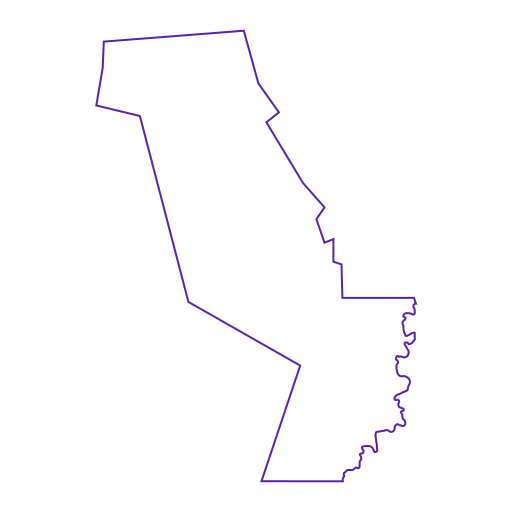 Ulang, Upper Nile, South Sudan (Albers equal-area conic projection)
{"feature_id": "79223893B95619836669451", "entity_name": "Ulang", "entity_type": "district", "adm_level": 2, "iso_a3": "SSD", "parent_name": "South Sudan", "parent_adm1": "Upper Nile", "projection": "albers", "projection_center": [33.135, 8.552], "detail": "fine", "context": "isolated", "style": "outline", "palette": "violet", "viewbox_px": 512, "rotation_deg": 0, "n_neighbors": 0, "source": "geoboundaries", "source_scale": "gbopen_adm2", "svg_char_len": 3302}
<svg xmlns="http://www.w3.org/2000/svg" viewBox="0 0 512 512"><path d="M342.8,481.3L342.7,481.0L342.7,479.0L343.1,477.8L344.1,476.5L344.2,475.8L343.8,474.8L343.7,473.7L344.2,472.7L345.6,471.9L346.4,470.6L347.6,470.1L348.7,470.0L350.8,470.0L352.2,470.0L353.8,469.3L354.9,468.1L355.6,467.6L356.5,467.6L357.0,468.0L358.0,468.2L358.8,468.1L359.4,467.4L359.6,466.1L359.6,465.0L359.7,462.9L359.7,461.8L360.1,460.9L360.6,460.1L361.3,459.3L361.2,458.5L361.0,456.5L360.0,455.0L360.0,454.1L360.6,453.6L361.7,453.4L362.7,453.4L363.2,452.4L363.6,451.2L363.1,449.8L362.3,449.0L362.0,448.1L361.9,447.4L362.3,446.8L363.2,446.4L364.6,446.1L367.0,446.0L369.9,446.2L371.5,446.9L372.7,448.4L373.8,450.6L374.7,452.0L375.7,452.0L376.5,451.6L377.3,450.3L377.2,449.2L376.9,448.0L376.9,445.8L376.7,443.6L376.2,441.6L376.0,439.2L375.7,437.3L375.4,434.7L375.9,433.2L376.0,432.4L377.4,431.7L378.9,431.6L380.8,431.3L382.3,431.0L384.6,430.7L385.5,430.1L387.7,430.2L389.3,431.2L390.6,431.9L391.9,431.8L393.1,431.4L393.7,430.8L394.3,429.8L394.8,428.0L394.7,426.7L395.4,425.7L396.1,424.7L397.4,424.2L398.4,424.6L400.6,425.3L401.9,426.1L403.2,426.0L404.2,425.7L404.7,425.1L405.3,423.9L405.3,422.6L404.9,421.2L404.6,420.2L403.7,419.5L402.9,418.9L402.4,417.0L402.2,415.7L402.2,414.4L401.8,413.7L400.9,412.6L401.1,411.6L402.1,411.0L403.5,410.7L403.6,410.1L403.6,409.0L402.6,408.3L400.6,407.6L399.1,407.1L398.4,405.2L398.3,403.9L399.1,402.1L399.1,400.9L398.4,400.3L398.0,399.9L396.8,399.8L395.8,400.0L394.9,399.7L394.5,399.0L394.5,398.1L394.8,397.4L395.7,396.1L396.4,395.3L398.0,394.5L400.0,393.8L401.6,393.0L403.0,392.2L404.4,391.7L406.1,391.0L407.5,390.2L407.7,389.6L407.9,388.3L408.3,386.3L409.0,384.9L409.7,383.6L410.0,381.9L409.6,380.1L408.9,378.7L407.3,377.3L405.9,376.6L404.5,376.1L403.4,376.1L402.7,376.1L401.7,376.4L401.1,376.3L400.2,376.0L398.9,375.3L398.0,374.1L397.2,371.9L396.6,369.5L396.5,368.6L396.5,367.1L396.5,365.6L397.2,364.0L398.0,362.7L398.0,361.5L397.4,360.6L396.1,359.5L395.9,358.5L396.3,357.1L397.1,356.0L397.9,356.0L398.4,356.5L398.8,356.8L399.2,356.6L399.6,356.4L401.3,356.6L402.7,357.0L404.2,357.5L405.9,357.0L407.0,356.4L407.5,355.8L408.1,354.9L408.7,353.2L408.7,351.6L408.1,350.1L406.9,348.3L406.3,347.0L404.7,344.7L404.6,343.7L404.8,342.9L405.2,342.5L406.8,342.5L407.7,342.8L408.2,343.4L408.6,344.1L409.1,344.1L410.4,343.8L411.6,343.3L412.9,341.9L414.2,340.1L414.9,339.2L414.7,337.1L414.7,335.5L414.7,333.8L414.7,332.9L414.2,332.7L413.5,332.6L411.7,333.2L410.2,334.2L408.3,335.2L406.9,336.0L405.9,335.9L405.4,335.7L405.1,334.5L404.9,333.6L404.1,332.5L403.9,331.2L403.5,329.5L403.4,327.6L403.4,325.7L402.6,324.2L402.5,323.1L402.8,321.6L404.2,320.1L405.3,319.3L405.4,318.3L405.3,317.4L404.5,317.1L403.4,316.6L403.4,315.8L403.7,314.7L404.3,314.0L406.0,313.1L407.5,313.1L408.9,313.2L410.4,313.5L411.9,314.1L413.1,314.5L413.7,314.4L414.3,314.2L414.7,313.5L414.7,312.3L414.7,311.4L414.7,310.1L414.5,309.0L413.9,307.8L413.4,306.9L413.4,305.9L413.6,305.0L414.2,304.4L414.9,303.9L415.1,302.9L415.4,302.7L415.7,302.9L414.0,297.9L342.4,297.9L341.5,264.4L333.4,261.7L333.4,239.1L324.5,242.7L316.4,219.2L324.5,207.4L303.0,183.0L266.4,122.3L278.9,112.4L258.4,83.4L243.8,30.7L103.8,41.6L102.7,67.9L96.3,105.5L139.9,116.0L188.4,301.9L300.2,365.6L261.5,481.2L342.8,481.3Z" fill="none" stroke="#5b21b6" stroke-width="2"/></svg>